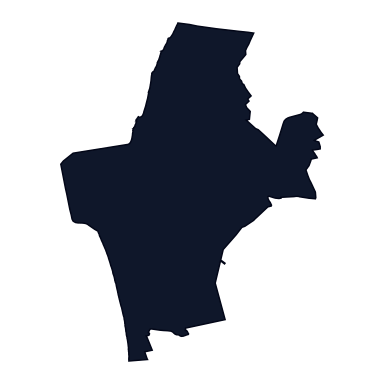 the district of Liepāja, Liepāja, Latvia
{"feature_id": "27541924B54461346766762", "entity_name": "Liepāja", "entity_type": "district", "adm_level": 2, "iso_a3": "LVA", "parent_name": "Latvia", "parent_adm1": "Liepāja", "projection": "natural_earth1", "projection_center": [21.025, 56.537], "detail": "fine", "context": "isolated", "style": "filled", "palette": "ink", "viewbox_px": 384, "rotation_deg": 0, "n_neighbors": 0, "source": "geoboundaries", "source_scale": "gbopen_adm2", "svg_char_len": 5729}
<svg xmlns="http://www.w3.org/2000/svg" viewBox="0 0 384 384"><path d="M225.1,319.6L215.2,283.1L220.5,260.8L224.5,263.9L225.0,263.2L220.7,260.0L223.2,249.5L236.1,234.8L241.9,227.3L244.8,226.3L253.6,220.4L255.2,218.7L257.1,217.0L267.8,206.9L270.9,206.1L271.2,206.0L271.1,205.1L271.4,205.0L270.1,202.2L269.5,201.6L269.3,201.2L268.9,200.6L267.9,198.3L267.9,198.1L268.0,196.6L268.2,196.3L268.6,196.2L269.0,196.2L274.5,197.9L275.4,198.1L279.0,198.5L281.0,198.1L280.9,197.6L280.8,197.3L294.0,196.6L296.2,196.3L298.6,196.4L299.2,196.7L308.9,198.2L315.4,198.8L315.8,197.6L315.4,192.4L315.2,191.7L311.1,182.9L309.3,179.4L307.8,175.5L305.9,169.9L309.0,165.6L310.6,161.3L311.3,159.1L317.2,157.8L316.7,156.7L315.2,154.6L314.9,153.9L312.6,150.8L312.4,150.1L316.9,149.5L320.2,148.9L320.2,146.6L318.8,142.0L314.8,140.7L314.2,140.3L323.2,135.1L321.0,132.3L319.3,129.7L318.2,128.1L316.2,124.3L317.0,120.9L317.6,117.9L314.2,114.9L313.3,114.2L312.6,113.4L312.2,113.2L311.7,113.3L311.0,113.2L310.6,113.1L303.4,112.2L303.2,112.5L302.2,113.4L301.6,113.9L300.1,114.5L289.7,117.3L288.0,117.9L287.0,118.5L286.1,119.0L285.5,119.6L284.8,120.3L284.3,120.9L284.0,121.5L283.1,124.0L279.6,135.4L276.4,145.2L276.2,145.8L275.2,145.5L263.7,134.7L258.2,129.7L255.6,128.6L246.2,120.1L249.4,119.3L250.2,111.4L246.7,107.7L245.4,104.6L249.0,101.1L247.7,99.0L251.1,95.9L248.1,91.9L245.5,88.1L243.8,84.5L242.3,83.7L241.5,81.1L239.5,78.8L239.4,76.4L237.5,73.6L237.1,67.4L239.7,63.8L239.8,61.7L244.5,56.1L245.8,54.5L245.5,50.6L246.8,47.6L248.8,44.0L250.2,40.6L253.7,33.1L248.2,32.3L238.6,31.3L216.7,28.8L197.3,26.1L189.5,24.5L177.9,23.0L177.7,23.6L177.5,24.2L176.9,25.2L176.6,25.8L176.2,26.6L176.1,27.1L175.8,27.5L175.7,27.8L175.4,28.4L174.8,30.0L174.0,31.3L172.9,33.8L172.6,34.3L171.7,35.7L171.0,36.7L170.9,36.9L170.4,37.4L169.5,38.1L168.5,38.2L168.1,38.5L168.1,39.0L167.8,39.9L167.4,40.7L167.2,42.0L166.9,42.7L166.9,42.9L166.1,44.2L165.7,44.8L165.3,45.4L165.2,45.9L165.0,46.3L164.7,46.6L164.1,48.0L164.1,48.3L164.1,48.5L163.8,48.9L163.4,49.7L163.1,50.1L162.2,51.1L161.4,51.0L161.2,51.1L161.5,51.2L161.1,52.1L160.9,52.9L160.8,53.2L160.6,53.7L160.6,54.1L160.4,54.7L160.1,55.4L159.7,57.2L159.5,57.6L159.4,58.0L159.2,58.4L159.0,59.3L158.8,59.6L158.8,59.9L158.8,60.1L158.5,60.5L158.3,60.6L157.7,61.9L157.3,62.6L157.3,63.3L157.2,63.8L156.7,65.5L156.4,66.2L156.2,66.6L156.1,66.8L155.6,67.5L155.7,67.8L155.2,68.3L155.0,68.9L154.5,69.9L154.5,70.1L154.4,70.4L154.3,70.5L153.8,71.4L153.1,71.7L152.6,72.2L152.2,72.6L152.1,73.0L151.8,73.3L151.8,73.5L152.0,73.6L151.6,75.2L151.4,76.6L151.3,77.5L151.1,79.8L151.0,81.0L150.7,82.8L150.7,83.1L150.3,85.1L150.3,85.5L149.9,87.5L149.9,88.0L148.4,92.4L148.7,92.6L148.4,94.2L147.6,98.5L147.0,100.7L145.9,105.1L146.1,105.5L145.8,105.7L143.9,111.7L143.6,113.1L142.8,115.0L142.3,115.8L142.0,116.2L141.3,116.7L140.3,117.2L139.0,117.3L138.8,117.1L138.5,116.7L138.3,116.8L138.0,117.1L137.8,117.7L137.5,117.9L137.3,118.4L137.2,118.4L137.1,118.5L137.0,118.8L136.8,119.0L136.6,119.2L136.8,119.3L136.3,119.6L136.4,119.8L136.3,120.0L136.3,120.3L136.1,120.3L136.0,120.5L136.5,120.8L136.7,121.1L136.7,121.4L136.5,121.6L136.0,121.9L136.2,122.0L136.3,122.4L136.3,122.6L136.1,123.2L135.2,124.9L135.1,125.4L134.9,125.9L135.0,126.2L134.9,126.5L134.7,126.6L134.6,127.0L133.9,127.4L134.0,127.6L133.8,127.9L133.6,128.3L133.3,128.8L133.0,128.9L133.1,129.0L133.2,129.6L133.0,130.0L132.9,130.1L132.8,130.5L132.9,130.8L133.1,131.0L132.9,131.9L132.5,134.0L132.5,134.9L131.9,138.4L131.5,139.9L131.1,141.0L130.7,141.9L130.3,142.6L129.8,143.2L129.2,143.7L128.6,144.2L128.0,144.4L73.1,153.2L63.4,161.0L60.8,164.2L65.6,188.9L66.7,193.7L69.8,209.3L71.3,215.2L71.9,218.3L72.2,219.4L73.2,221.2L75.5,222.5L76.1,222.6L78.0,222.9L82.1,223.0L84.0,223.2L85.6,223.5L86.7,223.9L87.7,224.4L88.6,225.1L94.7,229.3L96.1,230.1L98.0,231.2L98.3,232.5L98.7,233.3L99.1,234.0L99.3,234.8L99.5,235.8L100.5,237.8L101.0,239.0L101.3,239.9L102.3,242.1L102.8,243.0L103.2,244.3L103.6,245.2L103.9,245.8L104.4,247.0L105.0,248.4L105.7,249.9L106.1,251.2L106.5,252.1L107.0,253.8L107.4,254.6L108.4,257.4L108.5,258.0L109.4,260.8L109.8,262.0L110.3,263.7L110.7,265.2L110.9,265.9L111.0,266.1L111.2,266.7L111.3,266.8L111.4,267.1L112.2,269.7L112.7,271.5L112.9,273.0L113.1,273.8L113.7,275.4L114.2,277.0L114.7,279.3L114.9,280.7L115.2,281.5L115.4,282.4L116.0,283.6L116.1,284.4L116.5,286.6L117.0,288.8L117.1,289.4L117.5,290.8L117.8,292.6L117.9,292.8L118.2,294.5L118.3,295.0L118.5,295.7L118.6,296.2L118.8,296.6L118.8,297.0L119.2,298.6L119.3,299.1L121.1,306.2L121.6,307.5L123.1,314.4L123.7,316.6L124.0,317.3L124.2,319.4L124.5,320.5L124.7,321.8L124.8,322.6L124.8,323.4L125.1,324.6L125.0,325.7L125.3,327.1L125.5,327.7L125.7,329.5L125.8,330.3L125.9,331.4L126.3,333.0L126.3,334.0L126.5,335.4L127.1,337.7L127.1,338.6L127.4,339.5L128.0,343.6L128.2,345.5L128.3,346.0L128.3,346.5L128.5,347.8L128.5,348.6L128.3,349.0L128.4,349.4L128.5,349.9L128.6,351.6L128.8,352.4L128.8,354.5L128.9,355.0L129.0,356.9L128.9,357.4L128.8,359.2L128.9,360.4L128.9,361.0L147.5,359.5L147.0,358.5L144.7,351.8L152.2,350.2L146.9,337.1L146.7,337.2L146.2,335.9L148.8,335.3L149.1,334.9L149.2,334.4L149.5,333.9L149.4,333.5L149.0,332.9L148.4,332.5L148.7,331.6L149.2,330.8L149.5,330.1L149.8,329.4L150.3,329.2L150.8,329.0L151.9,329.0L156.7,329.7L160.2,330.2L163.6,330.5L167.5,330.7L170.1,331.0L170.8,331.1L171.4,331.3L172.2,331.7L172.4,331.9L172.9,332.1L173.3,332.5L173.8,333.1L174.1,333.3L174.8,333.7L174.9,333.8L174.9,334.0L175.4,334.3L176.9,334.8L178.4,334.8L178.7,334.9L180.2,335.9L180.7,336.1L181.4,336.3L182.6,336.2L183.0,336.2L185.1,335.5L186.9,334.8L188.2,334.5L188.5,334.1L188.5,333.9L188.5,333.7L188.0,333.0L187.3,331.5L186.4,330.4L185.6,330.6L185.3,330.5L185.3,330.3L185.5,328.1L225.1,319.6Z" fill="#0f172a" stroke="#020617" stroke-width="1.5"/></svg>